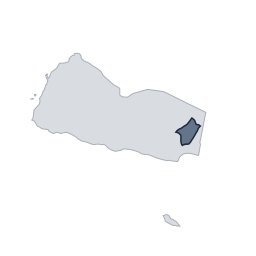 location of Hat, Al Mahrah, Yemen, rotated 34°
{"feature_id": "15242507B17941061209277", "entity_name": "Hat", "entity_type": "district", "adm_level": 2, "iso_a3": "YEM", "parent_name": "Yemen", "parent_adm1": "Al Mahrah", "projection": "orthographic", "projection_center": [51.804, 17.432], "detail": "fine", "context": "in_parent", "style": "filled", "palette": "slate", "viewbox_px": 256, "rotation_deg": 34, "n_neighbors": 0, "source": "geoboundaries", "source_scale": "gbopen_adm2", "svg_char_len": 4222}
<svg xmlns="http://www.w3.org/2000/svg" viewBox="0 0 256 256"><g transform="rotate(34 128 128)"><path d="M201.8,111.3L193.6,114.3L191.5,115.7L189.5,117.3L188.0,119.4L187.0,123.1L187.8,126.4L187.7,128.2L185.6,129.3L183.6,130.2L181.4,131.5L180.1,131.8L179.0,132.9L177.7,133.6L173.1,135.4L168.1,136.9L160.1,138.6L157.0,140.4L154.1,141.7L149.9,142.0L144.0,143.8L140.7,145.2L136.6,147.4L135.7,148.2L135.0,149.9L133.7,151.3L131.3,153.7L129.4,154.9L128.2,155.0L125.8,155.6L123.0,155.7L118.3,154.8L117.0,155.3L116.0,156.3L112.4,157.9L108.6,161.1L105.9,161.9L101.4,162.9L98.4,164.2L96.3,164.7L93.6,164.9L88.7,164.6L84.1,165.0L79.7,165.8L77.7,167.5L75.3,170.2L71.5,171.3L70.6,172.2L69.3,174.3L66.9,174.7L64.7,175.0L62.4,174.0L58.1,176.3L56.5,176.7L54.0,176.7L52.3,177.1L51.1,176.9L49.5,175.9L46.3,174.6L43.8,175.2L43.7,172.9L40.0,165.5L41.0,159.2L41.1,158.3L40.4,155.4L38.1,152.8L38.3,149.5L37.6,147.1L37.1,144.7L37.3,144.1L37.3,143.5L36.3,139.8L35.9,139.0L35.8,138.2L36.2,137.6L36.2,137.0L35.6,135.8L35.1,133.6L31.9,131.8L32.6,130.2L33.2,130.8L34.1,131.3L34.3,130.3L34.3,129.5L33.2,124.7L35.4,118.4L35.0,112.6L38.1,110.4L38.9,109.7L39.4,109.1L40.2,107.9L41.1,107.5L41.5,106.1L41.5,105.4L41.0,104.8L40.6,103.2L40.8,101.1L41.0,100.3L41.4,98.7L42.5,98.2L42.7,97.7L42.0,96.7L42.1,96.1L43.9,94.6L44.6,94.1L45.8,93.6L46.7,93.7L47.7,94.0L48.7,94.5L49.5,95.4L50.4,96.4L51.9,96.8L52.9,96.8L53.7,97.2L54.4,97.0L55.2,96.6L56.4,96.7L57.6,96.1L60.8,96.0L63.8,96.3L67.1,95.9L70.3,96.1L73.5,96.2L74.2,96.3L74.9,96.7L77.6,98.2L79.7,98.6L83.8,99.1L88.3,99.7L92.1,100.2L95.4,99.9L98.1,99.7L98.9,99.8L99.7,100.7L101.2,103.0L102.7,105.2L105.4,105.4L107.2,104.6L109.1,103.5L110.3,102.7L111.8,99.2L112.7,97.0L114.7,94.5L116.5,92.5L118.7,89.7L120.0,88.2L122.5,85.2L124.8,84.0L129.3,81.8L133.7,79.6L136.6,78.2L139.0,77.6L143.1,77.1L147.8,76.4L152.6,75.8L157.7,75.1L163.4,74.4L167.3,73.8L172.2,73.1L176.3,72.6L180.0,72.1L183.8,71.5L184.5,73.2L185.2,74.9L185.9,76.6L186.6,78.3L187.3,80.0L188.0,81.7L188.8,83.4L189.5,85.1L190.2,86.7L190.9,88.4L191.6,90.1L192.4,91.8L193.1,93.5L193.8,95.2L194.5,96.9L195.2,98.6L195.9,100.2L197.1,100.8L197.8,102.3L198.8,104.6L199.8,106.8L200.8,109.0L201.8,111.3ZM213.4,179.1L214.4,179.3L216.0,178.7L220.4,178.6L225.8,180.4L224.8,180.9L224.2,181.6L221.8,182.2L219.5,183.7L212.7,184.5L210.7,184.1L209.0,182.7L206.0,180.9L207.2,179.8L207.4,179.2L207.9,178.7L209.6,177.8L211.3,177.9L213.4,179.1ZM33.2,153.2L32.9,153.6L32.7,153.5L31.7,152.5L32.8,151.6L33.4,152.5L33.2,153.2ZM30.9,130.5L30.4,130.9L30.2,130.2L30.6,128.7L31.2,128.3L31.5,129.4L31.2,130.0L30.9,130.5ZM32.5,157.7L31.4,158.2L32.2,156.9L32.9,156.6L33.2,156.7L32.5,157.7Z" fill="#d9dde1" stroke="#a8b0b8" stroke-width="1"/><path d="M170.0,104.7L170.8,104.4L172.0,104.0L172.3,103.9L172.7,103.9L173.3,103.9L174.0,104.1L174.6,104.2L174.9,104.3L175.3,104.3L175.6,104.4L175.8,104.6L176.1,104.8L176.3,105.0L176.7,105.5L177.1,106.2L177.7,107.1L178.7,108.6L179.3,109.5L179.9,110.0L180.5,110.7L181.5,111.5L182.6,112.0L182.6,111.9L182.8,111.7L183.0,111.5L183.0,111.4L183.2,111.2L183.3,111.0L183.3,110.9L183.5,110.7L183.7,110.4L183.8,110.4L183.9,110.2L184.0,110.2L184.2,109.9L184.3,109.8L184.3,109.7L184.5,109.6L184.6,109.4L184.8,109.3L184.8,109.2L185.0,109.1L185.2,108.9L185.3,108.9L185.5,108.7L185.8,108.5L185.8,108.4L186.0,108.3L186.1,108.2L186.3,108.1L186.5,108.0L186.5,107.9L186.8,107.7L187.0,107.6L187.2,107.4L187.3,107.3L187.6,106.0L187.7,104.5L187.6,103.3L187.6,102.7L187.6,102.3L187.6,100.3L187.5,97.6L187.2,94.4L187.2,93.7L187.1,91.7L186.9,90.6L186.5,89.0L186.5,88.9L186.5,88.6L186.9,85.9L185.9,85.9L184.8,85.8L182.6,86.9L180.9,85.8L179.2,84.6L178.0,84.2L176.9,84.1L175.4,84.0L175.3,84.4L175.3,84.5L175.3,85.8L175.3,86.1L175.3,87.1L175.3,87.4L175.2,88.0L175.2,88.9L175.1,89.6L175.0,90.6L175.0,91.3L174.9,91.8L174.8,92.2L174.6,92.6L174.4,93.2L174.3,93.6L174.2,93.7L174.0,94.1L173.7,94.7L173.5,95.2L173.4,95.4L173.4,95.5L173.3,95.8L173.1,96.2L172.9,96.8L172.6,97.6L172.5,97.9L172.2,98.6L172.0,98.9L171.8,99.2L171.6,99.4L171.3,99.9L171.1,100.3L170.9,100.8L170.6,101.4L170.5,101.7L170.5,101.9L170.3,102.4L170.3,102.5L170.2,102.8L170.2,103.0L170.1,103.4L170.1,103.7L170.1,103.9L170.1,104.0L170.0,104.3L170.0,104.7Z" fill="#64748b" stroke="#1e293b" stroke-width="1.5"/></g></svg>